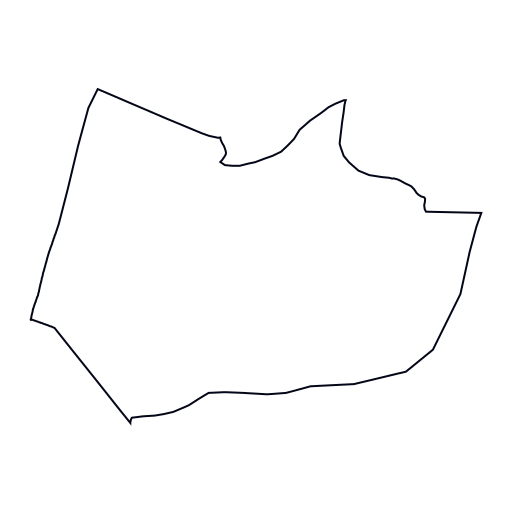 Paix Bouche, Castries, Saint Lucia
{"feature_id": "8701671B69138058153877", "entity_name": "Paix Bouche", "entity_type": "district", "adm_level": 2, "iso_a3": "LCA", "parent_name": "Saint Lucia", "parent_adm1": "Castries", "projection": "robinson", "projection_center": [-60.942, 14.018], "detail": "fine", "context": "isolated", "style": "outline", "palette": "ink", "viewbox_px": 512, "rotation_deg": 0, "n_neighbors": 0, "source": "geoboundaries", "source_scale": "gbopen_adm2", "svg_char_len": 3261}
<svg xmlns="http://www.w3.org/2000/svg" viewBox="0 0 512 512"><path d="M97.7,89.1L88.4,107.9L81.7,132.5L78.1,145.8L67.8,188.9L60.7,216.5L58.7,224.2L55.3,234.4L54.7,235.6L54.5,236.1L54.4,236.8L54.2,237.5L54.1,237.8L53.8,238.4L53.5,238.9L53.4,239.7L53.1,240.5L52.9,241.2L52.7,241.5L52.5,242.1L52.3,242.8L52.2,243.2L52.1,243.8L51.7,244.7L51.3,245.8L51.0,246.5L50.9,246.9L50.7,247.2L50.5,247.9L50.2,248.8L50.1,249.3L49.9,249.8L49.7,250.3L49.5,250.9L49.2,251.4L49.0,252.3L48.7,253.2L48.5,253.7L48.3,254.7L47.9,255.8L47.8,256.3L47.5,257.4L47.3,257.8L47.0,259.0L46.8,260.1L46.6,260.5L46.5,261.1L46.3,261.8L46.2,262.1L46.2,262.4L45.9,263.0L45.6,264.1L45.4,265.0L45.1,266.3L44.8,267.2L44.7,267.7L44.4,268.5L44.2,269.5L44.0,270.1L43.8,271.0L43.5,271.6L43.4,272.1L43.0,273.2L42.9,274.1L42.8,274.8L42.2,277.3L41.8,278.0L41.7,279.4L41.4,280.4L41.2,281.2L41.2,281.5L41.1,282.0L40.8,282.8L40.7,283.2L40.4,284.3L40.2,285.2L40.1,286.0L39.8,286.9L39.6,288.0L39.3,289.5L39.0,290.7L39.0,291.4L38.8,292.0L38.7,292.3L38.4,293.1L38.3,293.5L38.2,294.3L38.1,294.9L38.0,295.4L37.7,296.1L37.3,296.7L37.3,297.0L36.8,298.0L36.7,298.5L36.5,299.1L36.4,299.4L36.2,300.0L35.6,301.5L35.6,302.1L35.3,302.5L35.1,303.0L34.2,305.6L34.1,306.0L33.9,306.5L33.7,307.1L33.4,308.3L33.2,308.6L33.0,309.0L33.0,309.5L32.8,309.9L32.8,310.3L32.7,311.0L32.6,311.4L32.5,312.0L32.4,312.4L32.2,313.1L32.0,313.7L31.9,314.3L31.5,315.8L31.5,316.1L31.4,316.7L31.2,317.6L31.2,318.2L30.7,319.4L30.8,319.8L31.6,319.9L32.2,319.8L32.8,319.9L33.5,320.2L34.2,320.5L35.0,320.7L35.3,320.8L36.0,321.1L36.6,321.3L37.7,321.6L38.6,322.0L39.3,322.3L39.6,322.4L40.3,322.5L40.9,322.9L42.1,323.1L42.7,323.4L43.3,323.7L44.3,324.1L44.8,324.2L45.2,324.3L46.1,324.7L46.7,324.9L47.9,325.2L48.3,325.5L49.3,325.9L49.7,326.1L50.3,326.3L51.0,326.4L51.7,326.6L52.1,326.9L52.5,327.1L52.9,327.3L53.5,327.5L54.5,327.9L54.9,328.4L72.4,350.4L97.6,381.9L120.2,410.4L130.3,422.9L130.3,422.4L130.4,421.8L130.6,421.1L130.7,420.7L130.9,419.7L131.2,419.0L131.4,418.6L131.9,417.7L136.9,417.1L143.2,416.3L154.7,415.6L163.7,414.1L173.3,411.9L184.4,407.2L188.7,405.3L192.8,402.7L197.7,399.5L203.1,396.2L208.6,392.9L223.8,392.2L225.9,392.2L228.4,392.3L243.2,392.9L260.1,393.9L266.9,394.3L273.1,393.9L286.1,392.9L305.8,387.6L310.5,386.3L318.1,385.9L354.0,384.1L359.4,382.8L398.1,373.5L400.4,373.0L405.9,371.7L420.5,359.8L432.9,349.7L460.4,294.1L469.4,253.1L469.6,252.1L476.4,226.7L479.8,217.2L481.3,212.9L426.0,211.7L424.7,209.1L424.2,205.4L424.9,201.8L425.1,198.8L424.3,197.4L421.1,196.4L418.4,194.7L416.6,193.0L414.2,189.4L411.3,186.3L408.5,184.9L405.4,183.5L400.4,180.7L398.3,179.7L396.5,179.1L394.2,178.5L393.4,178.4L392.7,178.6L391.7,178.5L389.3,177.8L382.1,177.1L369.2,175.1L358.4,170.6L349.1,162.4L343.7,155.9L340.9,148.0L339.7,144.0L339.7,142.6L340.4,136.8L342.2,121.7L343.6,112.5L344.5,104.8L345.5,100.7L345.7,100.2L344.0,100.2L335.4,103.7L328.6,107.2L321.2,112.9L310.1,120.6L299.6,129.8L294.0,139.0L287.2,146.0L281.1,151.7L272.4,155.9L264.4,158.7L255.1,162.2L248.3,163.6L239.7,165.8L232.3,165.8L224.9,165.1L220.3,162.0L222.3,159.8L223.1,158.6L224.6,156.5L225.8,154.3L226.0,152.3L225.1,149.1L224.0,146.1L222.2,143.1L220.7,139.8L220.3,137.5L218.1,137.8L209.2,135.9L201.6,133.2L165.1,118.0L97.7,89.1Z" fill="none" stroke="#020617" stroke-width="2"/></svg>